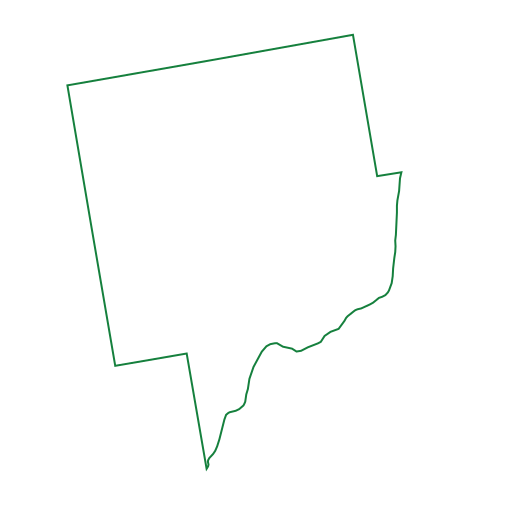 Dubuque, Iowa, United States of America, rotated 80°
{"feature_id": "52423323B18401720745990", "entity_name": "Dubuque", "entity_type": "district", "adm_level": 2, "iso_a3": "USA", "parent_name": "United States of America", "parent_adm1": "Iowa", "projection": "orthographic", "projection_center": [-90.684, 42.485], "detail": "fine", "context": "isolated", "style": "outline", "palette": "green", "viewbox_px": 512, "rotation_deg": 80, "n_neighbors": 0, "source": "geoboundaries", "source_scale": "gbopen_adm2", "svg_char_len": 1084}
<svg xmlns="http://www.w3.org/2000/svg" viewBox="0 0 512 512"><g transform="rotate(80 256 256)"><path d="M197.3,413.0L339.7,413.7L340.0,341.2L457.0,341.6L456.8,341.4L454.8,339.7L453.1,339.0L450.3,339.1L448.8,338.6L446.8,337.0L443.5,332.6L440.8,330.0L436.7,327.3L430.2,323.9L411.5,315.5L407.2,313.0L405.7,310.4L405.3,309.0L404.9,302.8L403.9,299.2L401.0,294.3L399.3,293.0L397.6,291.9L390.6,289.6L385.6,287.1L375.8,283.8L364.8,277.7L354.7,269.7L351.2,266.9L346.7,261.4L345.3,257.2L345.2,252.6L345.5,250.5L350.0,245.2L353.5,236.6L357.1,232.7L357.2,228.1L354.9,220.7L352.8,210.2L351.8,207.1L346.6,202.3L343.6,195.7L342.1,187.3L335.3,180.2L332.6,178.0L331.2,176.2L327.5,169.4L326.6,167.6L326.1,165.3L325.9,161.5L323.5,152.3L322.3,148.8L318.6,142.2L318.1,138.9L317.0,135.4L314.8,132.5L313.0,131.0L306.3,127.1L299.7,124.9L292.0,123.1L281.9,120.1L276.3,118.2L270.7,116.9L264.9,116.2L259.6,114.6L237.8,109.7L231.0,108.5L225.8,107.1L216.9,103.8L204.5,100.7L198.8,98.3L198.4,122.8L55.0,122.1L55.4,266.7L55.3,340.1L55.2,412.1L197.3,413.0Z" fill="none" stroke="#15803d" stroke-width="2"/></g></svg>